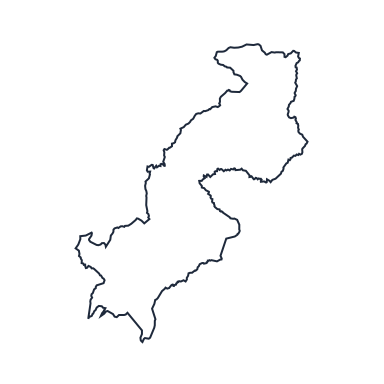 the district of Xayacatlán de Bravo, Puebla, Mexico, rotated 8°
{"feature_id": "50627088B60270238700137", "entity_name": "Xayacatlán de Bravo", "entity_type": "district", "adm_level": 2, "iso_a3": "MEX", "parent_name": "Mexico", "parent_adm1": "Puebla", "projection": "natural_earth1", "projection_center": [-97.941, 18.276], "detail": "fine", "context": "isolated", "style": "outline", "palette": "slate", "viewbox_px": 384, "rotation_deg": 8, "n_neighbors": 0, "source": "geoboundaries", "source_scale": "gbopen_adm2", "svg_char_len": 6034}
<svg xmlns="http://www.w3.org/2000/svg" viewBox="0 0 384 384"><g transform="rotate(8 192 192)"><path d="M269.9,168.8L272.9,167.2L277.5,161.5L277.8,159.5L279.0,158.4L279.4,156.2L279.1,155.0L281.4,150.6L282.7,149.7L283.0,146.5L284.4,146.9L284.9,146.1L284.9,144.6L286.2,144.0L287.8,141.8L289.4,141.8L290.4,140.3L292.1,140.6L292.7,139.3L294.1,139.9L295.5,138.9L295.8,137.2L295.2,134.7L295.3,133.7L297.5,130.6L297.8,129.0L298.8,128.0L299.4,126.1L294.3,121.9L293.2,119.9L290.6,119.1L289.0,117.6L288.7,116.0L289.1,115.4L288.1,113.6L288.0,111.5L287.4,109.8L286.0,109.4L286.1,108.5L284.4,106.2L284.7,104.9L284.0,103.5L282.8,103.2L282.4,104.1L279.7,105.1L277.8,104.6L276.3,102.8L276.0,101.8L276.5,99.1L276.3,97.9L275.0,96.5L275.9,94.0L275.9,92.2L277.1,90.3L277.5,88.9L280.0,87.6L280.4,85.6L280.3,83.4L280.9,82.9L281.2,81.7L280.0,80.2L279.9,79.3L280.7,77.6L280.6,75.3L281.4,72.5L279.0,69.4L279.4,68.0L279.3,66.2L280.0,64.8L279.0,62.1L279.0,61.0L279.6,59.8L278.2,57.9L278.9,56.2L278.3,54.2L277.3,54.1L276.9,52.7L277.7,49.8L279.1,48.8L279.8,47.2L280.4,46.7L280.3,44.8L279.1,44.3L278.2,43.0L278.4,39.4L275.6,39.4L273.5,38.1L272.6,38.1L270.5,41.0L268.1,42.0L267.6,43.7L265.9,45.5L264.8,45.3L264.4,42.6L262.5,41.1L255.8,41.9L254.6,42.4L251.3,42.4L247.0,45.6L245.8,45.3L244.7,43.9L241.6,42.0L239.5,37.7L237.5,36.5L236.3,36.5L232.6,37.9L225.5,38.3L221.4,41.1L217.7,42.5L213.7,43.3L209.9,43.3L208.2,44.3L206.3,46.8L204.6,48.1L203.0,48.7L197.9,49.5L197.1,50.1L196.6,54.0L195.5,56.0L196.7,57.3L198.5,57.6L199.2,58.3L199.6,60.5L200.4,61.2L202.7,61.9L205.2,61.9L206.9,63.0L208.7,63.2L209.4,63.8L212.5,63.6L216.2,66.2L216.4,67.6L217.6,69.6L220.1,69.6L223.4,70.4L224.5,71.1L226.4,73.8L229.0,75.8L231.5,76.9L226.4,85.1L225.2,86.4L217.5,87.2L215.8,87.0L215.1,86.0L214.2,85.8L213.5,86.7L212.8,86.7L211.0,89.5L207.3,93.7L206.6,95.7L207.1,98.4L207.0,99.9L206.6,100.4L207.8,102.1L207.2,103.0L205.7,104.3L203.4,103.9L200.2,105.1L198.5,107.5L197.7,107.4L196.8,108.6L193.8,110.1L192.4,110.1L189.4,113.1L187.3,113.2L185.3,114.1L184.1,116.2L183.0,119.3L180.9,121.3L180.5,122.6L179.0,124.7L176.5,126.2L174.8,128.9L171.7,130.9L172.4,132.1L172.3,135.5L169.7,138.9L169.7,140.1L168.4,143.1L168.3,145.1L167.0,146.3L165.4,146.9L165.8,149.5L163.8,151.3L163.3,151.3L161.7,153.4L161.2,153.7L158.7,153.3L158.1,154.6L159.1,156.5L159.3,159.7L160.2,161.1L159.3,166.1L161.0,168.1L161.4,169.8L160.9,170.0L159.0,168.5L157.6,168.4L157.0,168.9L157.2,170.7L155.7,170.6L153.9,172.4L152.9,171.0L151.2,174.0L150.6,173.7L149.3,170.7L148.3,170.7L145.8,173.1L144.4,172.9L144.3,176.8L145.3,178.1L147.7,177.6L147.5,179.8L147.9,180.4L147.4,184.5L144.5,188.1L145.0,189.5L144.7,192.4L145.5,195.6L146.6,197.3L147.4,199.7L147.2,202.3L147.7,203.7L148.5,211.4L150.5,217.2L150.3,218.9L151.8,219.8L152.7,221.7L152.2,223.3L153.6,224.7L149.1,229.7L146.0,227.4L142.4,225.9L141.1,225.8L140.1,227.6L136.3,231.9L133.6,234.2L130.3,234.9L129.8,235.9L127.7,235.6L126.1,236.0L124.1,237.9L123.0,237.5L120.4,238.8L119.5,240.2L119.7,242.4L119.1,244.1L117.7,246.4L117.7,250.7L114.3,258.2L113.6,256.2L111.9,254.8L109.9,255.2L108.8,256.7L106.7,257.7L104.9,257.7L98.2,255.4L96.7,253.8L96.6,253.0L98.5,249.2L98.6,246.7L98.2,246.2L92.9,249.9L87.5,251.3L88.0,254.3L87.7,255.5L86.7,259.9L84.6,264.0L88.1,265.8L89.2,269.0L89.0,271.1L90.9,272.3L91.2,273.5L92.4,274.9L92.6,277.8L94.4,278.0L95.0,279.2L96.3,278.8L96.6,280.3L97.5,282.1L98.6,281.7L99.8,279.6L102.1,280.3L103.3,281.6L104.7,281.3L105.6,281.7L111.4,285.7L112.5,287.3L113.6,287.4L115.3,289.6L116.6,290.1L117.7,291.5L117.1,294.6L110.6,297.7L109.9,299.4L110.1,300.6L108.6,302.1L107.9,305.8L106.8,307.2L106.7,308.9L107.8,310.5L106.6,312.7L106.5,314.5L107.0,316.4L106.9,332.0L107.8,329.3L108.7,329.5L110.0,328.6L110.5,326.6L111.1,326.2L111.8,323.6L112.9,322.4L113.7,319.7L115.6,317.8L118.6,317.7L120.0,319.0L122.4,319.1L121.7,321.1L121.3,321.4L121.2,322.4L119.9,324.4L119.0,327.5L122.0,324.7L123.3,322.4L125.0,321.6L130.8,323.9L132.7,326.2L134.9,326.4L136.8,324.0L142.0,323.2L143.4,322.6L144.9,320.6L161.7,336.0L162.2,339.7L161.2,343.5L161.9,346.0L162.7,346.8L163.8,347.5L164.8,344.2L165.7,343.2L169.6,343.3L170.8,342.1L173.5,331.7L173.7,329.2L173.1,324.7L173.5,323.1L168.7,313.1L170.3,308.0L170.6,304.0L171.8,303.3L172.9,301.8L176.1,294.3L178.5,291.6L179.1,290.4L180.9,291.1L182.7,290.3L184.5,287.2L185.5,286.4L186.0,286.4L186.6,287.6L187.2,287.6L187.6,286.6L189.1,285.9L189.1,284.8L189.7,284.4L190.2,282.9L191.0,283.1L191.6,282.1L193.4,282.2L195.9,280.6L198.1,281.5L199.1,279.3L198.8,277.8L199.8,275.5L199.9,273.0L201.2,272.3L203.4,271.9L204.9,270.2L206.1,269.6L206.1,269.2L207.0,269.0L208.0,267.7L208.1,265.7L209.0,264.7L209.7,262.4L212.0,260.9L213.3,260.8L213.8,261.3L216.0,260.5L216.7,259.8L216.5,259.4L217.2,258.6L217.2,257.8L218.0,257.8L218.6,257.1L219.7,257.4L220.7,256.8L226.4,257.2L229.4,255.0L230.6,254.7L230.7,253.8L229.1,251.2L232.4,233.4L240.6,230.1L242.9,228.0L243.0,227.1L243.7,226.8L244.6,224.4L244.6,223.6L244.0,222.5L243.4,217.8L240.6,213.3L237.6,212.4L236.5,212.8L233.7,212.7L232.8,211.7L225.5,208.1L225.0,207.4L223.9,207.0L223.5,207.4L222.4,207.0L221.7,205.4L219.5,205.4L216.8,203.7L216.1,202.9L216.2,202.1L215.5,201.0L215.3,199.9L213.8,199.6L213.2,198.7L213.2,196.2L211.9,195.9L211.1,194.9L211.2,193.3L210.9,192.9L208.2,191.6L208.8,190.1L208.7,189.4L205.4,188.3L203.6,186.5L201.1,186.2L200.8,184.5L198.4,182.4L197.6,180.0L200.1,179.6L200.9,178.1L202.7,176.5L201.4,174.9L201.4,174.0L204.3,175.0L204.5,172.6L205.4,172.4L208.0,174.6L210.4,171.5L212.3,171.0L211.6,169.0L212.2,168.2L213.9,167.9L213.9,165.7L214.5,165.2L216.3,166.3L217.2,165.3L218.0,165.2L220.6,167.0L222.1,165.3L223.2,165.8L224.5,164.8L226.3,165.4L227.4,163.7L229.7,163.9L230.5,162.7L231.4,162.9L232.0,164.3L236.7,163.2L237.9,162.0L239.3,163.4L242.4,163.5L246.7,167.6L246.8,169.2L247.7,168.9L247.7,168.2L248.7,168.1L251.4,170.8L252.1,170.6L253.1,169.1L254.0,169.2L255.3,170.3L256.2,169.3L257.5,169.6L258.3,169.3L259.2,170.1L258.6,171.5L258.8,172.3L261.9,171.5L264.0,172.3L264.6,171.9L264.5,169.0L267.3,170.2L268.5,171.3L269.9,168.8Z" fill="none" stroke="#1e293b" stroke-width="2"/></g></svg>